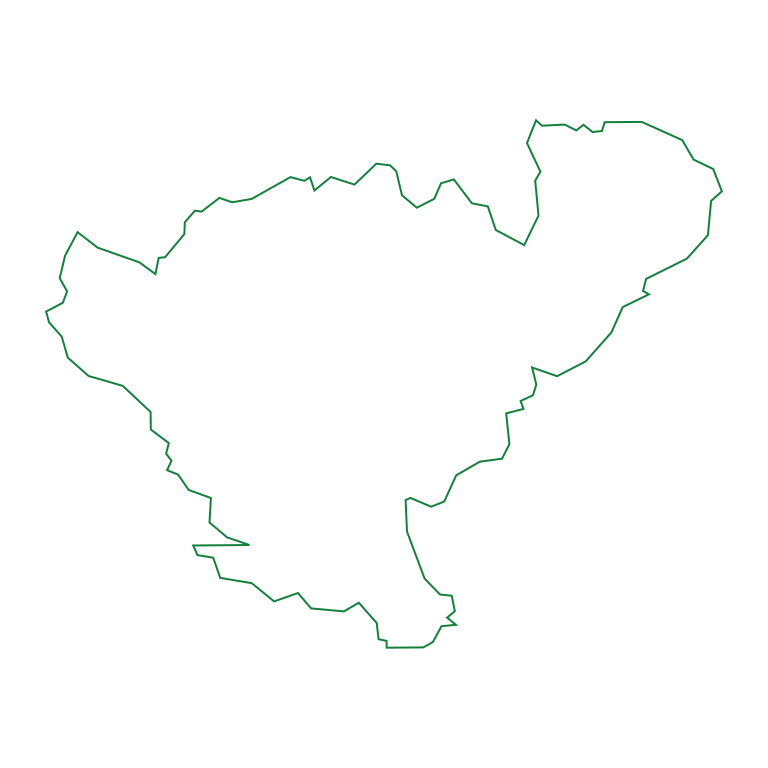 Probishtip, Probištip, North Macedonia
{"feature_id": "65306769B77105819408507", "entity_name": "Probishtip", "entity_type": "district", "adm_level": 2, "iso_a3": "MKD", "parent_name": "North Macedonia", "parent_adm1": "Probištip", "projection": "robinson", "projection_center": [22.188, 41.964], "detail": "fine", "context": "isolated", "style": "outline", "palette": "green", "viewbox_px": 768, "rotation_deg": 0, "n_neighbors": 0, "source": "geoboundaries", "source_scale": "gbopen_adm2", "svg_char_len": 1544}
<svg xmlns="http://www.w3.org/2000/svg" viewBox="0 0 768 768"><path d="M220.2,577.9L251.8,583.2L274.1,601.4L298.0,593.0L311.1,608.4L343.9,611.4L358.8,602.7L376.7,623.0L378.6,639.2L386.5,640.9L386.7,647.7L423.3,647.4L432.9,642.0L441.5,626.2L455.9,624.8L447.1,617.6L454.8,611.2L451.7,595.7L440.0,594.5L424.6,578.6L407.0,531.6L405.6,500.1L410.4,497.9L431.1,506.7L444.3,501.5L456.2,475.3L479.8,461.7L502.0,458.7L509.4,444.2L506.2,413.4L523.5,408.9L520.6,401.0L533.0,395.2L536.3,384.6L532.1,367.5L557.1,376.2L585.8,361.3L611.4,332.4L622.7,307.1L648.9,294.3L643.0,291.0L646.1,278.9L686.9,258.6L707.9,235.2L711.1,200.9L721.9,191.3L713.2,169.0L693.6,159.6L682.2,140.1L641.7,121.9L604.7,122.2L602.0,131.0L592.5,132.0L583.5,124.8L576.3,130.4L564.8,124.6L542.0,125.7L536.0,120.3L527.0,143.1L540.4,171.7L535.2,180.7L538.5,215.6L524.2,245.1L495.8,230.0L487.8,206.4L471.9,203.3L453.8,179.4L441.0,183.3L434.3,198.8L416.9,207.7L402.0,195.3L396.3,171.4L390.1,165.3L376.3,163.7L354.5,184.6L330.9,177.0L314.4,190.5L310.0,177.3L304.3,180.8L290.5,177.1L251.7,198.9L232.3,202.3L219.4,197.9L201.6,211.6L194.9,210.7L184.8,222.3L184.4,234.0L165.1,257.2L158.7,257.9L155.4,274.1L139.5,262.4L97.7,247.7L77.6,232.2L65.1,255.6L59.7,278.1L67.1,291.4L62.9,302.7L46.1,311.6L49.1,322.4L61.7,336.6L67.8,357.6L88.6,376.0L122.8,385.9L150.6,412.0L150.8,429.5L168.8,443.1L166.1,453.7L171.5,460.6L167.1,470.2L178.1,474.6L188.7,490.0L210.9,498.0L209.5,522.5L227.1,537.4L249.4,545.0L193.2,545.5L197.5,555.1L213.2,557.7L220.2,577.9Z" fill="none" stroke="#15803d" stroke-width="2"/></svg>